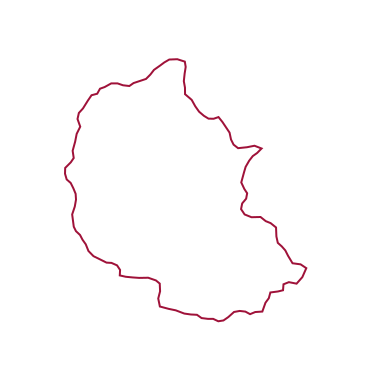 Gabriel Monteiro, São Paulo, Brazil, rotated 202°
{"feature_id": "56859067B44282115877376", "entity_name": "Gabriel Monteiro", "entity_type": "district", "adm_level": 2, "iso_a3": "BRA", "parent_name": "Brazil", "parent_adm1": "São Paulo", "projection": "orthographic", "projection_center": [-50.57, -21.508], "detail": "fine", "context": "isolated", "style": "outline", "palette": "rose", "viewbox_px": 384, "rotation_deg": 202, "n_neighbors": 0, "source": "geoboundaries", "source_scale": "gbopen_adm2", "svg_char_len": 1675}
<svg xmlns="http://www.w3.org/2000/svg" viewBox="0 0 384 384"><g transform="rotate(202 192 192)"><path d="M111.5,89.6L108.1,96.5L103.2,99.6L97.7,101.1L92.4,100.5L88.4,104.4L82.0,107.5L82.4,116.9L81.0,122.3L81.7,128.2L75.0,132.0L70.8,135.0L72.6,140.7L68.4,144.7L60.7,146.2L57.8,154.4L57.5,164.2L64.2,165.6L72.1,163.6L79.0,168.8L83.6,172.8L88.4,175.2L93.4,177.0L97.1,182.4L100.8,190.6L107.5,192.6L112.7,192.6L119.1,194.5L127.4,190.9L134.8,190.9L140.1,194.5L141.2,200.2L139.3,206.1L140.4,211.5L144.6,214.4L149.9,219.3L151.1,229.4L151.7,235.4L150.7,242.5L149.1,248.1L146.2,252.6L143.8,258.4L151.4,258.3L157.8,254.1L165.7,249.9L171.2,251.5L175.5,255.3L179.4,261.1L190.0,268.3L195.5,271.4L199.4,268.0L204.2,266.2L209.5,267.1L215.5,269.1L221.1,272.7L226.8,277.3L235.1,280.1L237.6,286.1L241.1,291.7L243.2,299.1L244.7,305.6L247.5,310.2L255.4,309.6L262.7,306.3L266.2,301.8L269.2,296.9L273.0,291.0L274.6,285.3L277.0,279.6L281.7,275.6L287.0,271.1L289.8,266.8L296.0,265.1L301.7,264.8L307.6,262.4L312.3,256.6L316.0,253.3L316.7,247.6L321.4,244.1L322.8,237.7L324.4,228.6L326.5,222.9L325.5,216.8L320.1,210.7L320.7,202.7L319.2,194.9L318.1,185.5L314.4,179.2L315.5,174.1L318.6,166.8L316.6,161.4L312.9,156.7L307.8,154.9L303.3,150.9L299.2,146.7L296.7,141.5L295.2,134.5L294.7,126.3L288.6,115.5L284.9,112.2L279.7,110.2L275.7,106.8L270.9,103.7L265.9,98.5L259.3,95.6L244.8,94.5L240.1,96.1L234.0,95.9L229.5,92.8L227.7,87.6L221.6,88.6L215.2,90.5L208.7,92.6L200.5,96.1L192.3,96.5L187.6,95.0L184.4,88.0L183.4,80.6L178.9,73.8L169.9,74.9L162.7,76.2L153.6,76.4L147.2,78.0L141.4,80.0L135.9,78.7L129.5,80.4L124.8,82.3L119.2,82.0L114.7,84.7L111.5,89.6Z" fill="none" stroke="#9f1239" stroke-width="2"/></g></svg>